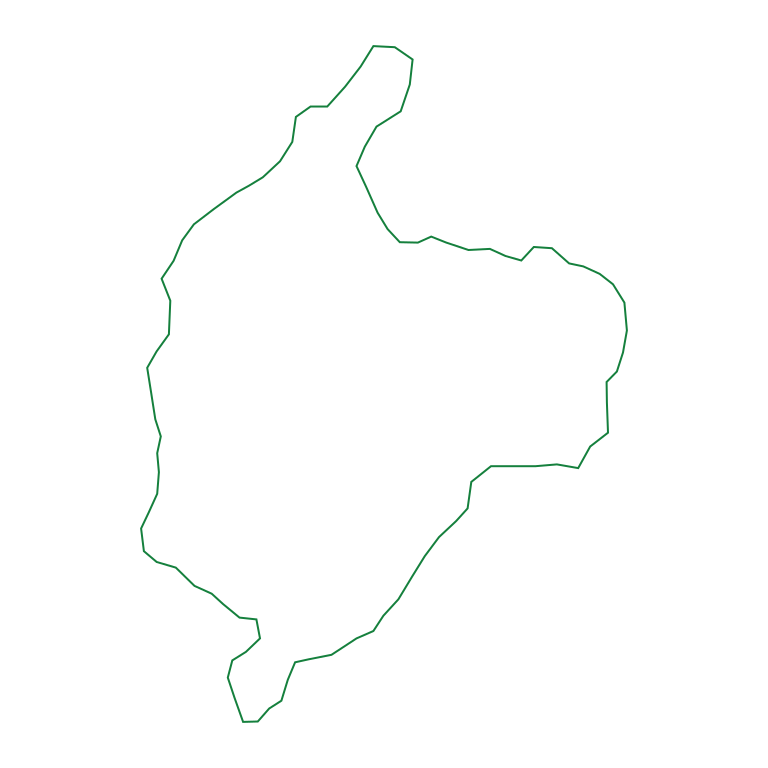 the district of Ibitiúra de Minas, Minas Gerais, Brazil
{"feature_id": "56859067B88505379898638", "entity_name": "Ibitiúra de Minas", "entity_type": "district", "adm_level": 2, "iso_a3": "BRA", "parent_name": "Brazil", "parent_adm1": "Minas Gerais", "projection": "equal_earth", "projection_center": [-46.408, -22.066], "detail": "fine", "context": "isolated", "style": "outline", "palette": "green", "viewbox_px": 768, "rotation_deg": 0, "n_neighbors": 0, "source": "geoboundaries", "source_scale": "gbopen_adm2", "svg_char_len": 1285}
<svg xmlns="http://www.w3.org/2000/svg" viewBox="0 0 768 768"><path d="M243.1,721.9L257.8,721.5L269.2,708.5L281.4,700.7L287.8,679.8L295.1,662.3L308.7,659.3L331.5,654.8L356.5,638.4L373.4,631.0L383.4,615.7L398.4,599.3L412.1,576.6L424.8,556.1L439.0,537.1L456.2,521.0L467.6,508.4L471.3,481.9L491.0,466.2L509.6,466.2L535.5,466.2L556.9,464.4L578.2,468.1L590.2,446.5L608.0,432.7L606.9,402.5L606.6,382.0L616.9,371.5L623.0,352.5L626.9,330.5L624.4,302.6L613.0,284.3L599.7,273.9L583.3,266.4L569.1,263.4L551.9,248.2L533.8,247.0L521.3,260.5L505.5,256.0L489.9,248.9L468.5,250.0L446.3,242.6L431.2,236.6L417.9,242.6L399.8,242.2L387.6,229.1L377.6,212.7L366.2,187.0L356.5,166.1L364.8,146.7L376.5,126.6L400.7,111.3L409.8,84.5L412.6,59.5L394.8,47.2L373.4,46.1L360.6,66.6L345.1,86.7L327.3,106.5L310.6,106.5L295.9,116.9L292.3,141.9L280.0,161.3L262.8,177.3L248.6,185.9L236.4,192.6L213.9,209.0L193.9,224.3L182.2,240.3L173.6,260.8L161.6,278.7L170.3,300.7L168.9,334.3L156.6,351.4L147.2,367.8L151.1,392.4L155.3,419.3L160.8,436.4L157.2,453.2L158.9,472.2L157.2,493.8L148.9,512.1L141.1,528.5L143.9,551.2L156.7,562.0L175.8,567.6L194.5,585.9L211.7,593.7L223.1,604.1L239.5,617.6L256.4,619.4L260.0,638.4L245.9,651.9L232.3,660.4L227.8,677.6L234.5,697.7L243.1,721.9Z" fill="none" stroke="#15803d" stroke-width="2"/></svg>